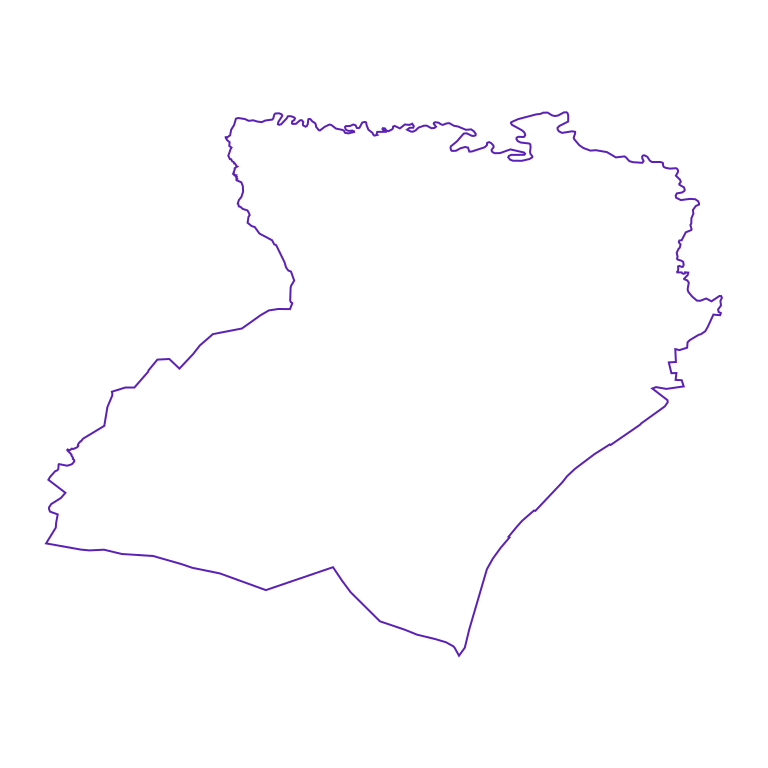 Ozolmuižas pag., Rezeknes, Latvia
{"feature_id": "27541924B76614576139352", "entity_name": "Ozolmuižas pag.", "entity_type": "district", "adm_level": 2, "iso_a3": "LVA", "parent_name": "Latvia", "parent_adm1": "Rezeknes", "projection": "robinson", "projection_center": [27.259, 56.496], "detail": "fine", "context": "isolated", "style": "outline", "palette": "violet", "viewbox_px": 768, "rotation_deg": 0, "n_neighbors": 0, "source": "geoboundaries", "source_scale": "gbopen_adm2", "svg_char_len": 6086}
<svg xmlns="http://www.w3.org/2000/svg" viewBox="0 0 768 768"><path d="M664.8,406.4L667.7,402.3L667.5,400.2L652.3,388.5L656.0,387.1L666.4,388.9L683.7,386.4L681.7,380.2L675.6,379.9L676.4,373.0L671.4,373.2L668.8,362.4L675.9,362.0L675.3,349.1L679.5,350.1L687.1,347.7L687.6,342.2L690.1,339.9L698.7,334.8L700.9,334.2L705.2,331.3L707.7,327.0L713.4,314.6L720.1,315.2L720.9,313.1L718.6,311.9L718.1,309.4L721.0,305.5L720.4,300.9L721.9,297.8L721.2,296.1L719.4,296.0L711.5,301.3L706.2,298.5L700.1,300.8L696.9,300.6L692.1,296.5L688.5,292.1L687.7,290.1L687.7,288.6L688.8,282.8L687.3,280.4L684.2,279.2L684.1,278.7L687.7,275.0L688.3,272.6L685.1,272.3L685.0,273.3L683.6,273.8L682.2,273.3L681.7,272.4L677.3,272.4L677.1,271.9L677.9,270.9L678.3,268.5L678.0,266.5L679.4,265.9L681.9,267.0L682.9,266.7L683.7,264.9L683.2,261.9L681.4,260.7L677.5,259.5L677.0,258.6L677.6,256.9L676.7,252.8L678.4,249.1L679.8,247.6L680.6,244.3L679.3,243.1L678.8,241.8L679.4,240.5L681.6,240.3L685.8,232.3L691.2,230.1L691.6,229.3L690.4,225.0L691.3,223.4L691.4,218.3L693.4,213.6L692.9,210.0L695.8,206.0L699.0,204.6L699.1,203.8L698.3,201.4L695.2,199.2L689.7,198.9L680.9,200.1L676.1,197.7L675.7,195.5L676.8,193.4L682.0,192.5L684.4,190.9L684.7,189.7L684.0,187.4L679.5,184.8L679.2,184.0L680.8,181.8L680.0,179.7L675.9,175.7L677.8,172.3L678.1,170.6L677.3,169.0L676.1,168.2L669.9,168.6L665.5,167.8L663.7,166.8L663.1,165.5L663.0,163.2L662.2,162.6L660.4,162.0L651.9,162.0L649.8,160.6L647.3,156.8L644.4,155.3L643.1,155.5L642.2,156.4L642.2,158.2L643.6,161.0L642.4,162.8L633.1,162.2L629.3,161.1L625.8,157.2L624.4,156.4L615.9,157.4L606.9,152.1L595.9,150.2L590.4,150.6L583.4,148.0L579.3,145.2L574.1,139.1L573.7,137.6L575.1,133.5L575.1,131.8L572.0,131.3L562.1,132.9L559.0,131.4L557.7,129.6L557.5,127.9L559.3,126.0L568.2,121.5L568.2,115.4L567.6,113.2L566.6,112.3L563.9,112.4L557.8,115.6L554.9,116.0L552.1,115.4L547.6,112.6L543.2,112.7L540.7,113.8L536.1,114.4L518.2,119.1L511.4,122.1L510.9,122.9L511.9,124.8L521.8,130.2L524.0,132.0L525.1,134.1L525.2,135.4L523.8,137.0L518.4,136.8L516.7,137.6L516.4,138.9L517.6,141.0L520.6,142.5L529.1,143.5L530.3,144.3L530.6,147.2L530.0,152.1L530.4,153.8L532.4,156.4L532.3,157.3L529.5,159.0L521.9,160.8L512.8,160.7L510.0,159.6L508.2,157.3L508.9,155.9L511.1,154.9L524.3,154.8L525.1,153.7L524.0,152.5L510.4,149.4L500.0,153.1L494.8,153.2L492.6,152.2L491.6,150.8L491.7,149.6L493.6,147.3L493.4,145.5L491.3,143.2L489.1,142.1L487.1,142.9L486.9,145.2L484.6,147.3L471.7,151.5L469.3,151.6L468.0,147.6L465.2,147.0L460.6,148.2L455.9,150.8L452.0,150.9L451.1,150.2L450.5,147.8L450.8,146.4L456.9,141.4L463.7,133.6L466.6,133.3L471.6,135.7L473.4,136.0L475.5,135.4L475.8,134.0L473.9,131.3L471.2,129.4L465.9,129.8L458.0,126.5L454.0,125.8L449.4,123.2L446.6,123.4L442.7,124.9L440.5,124.1L438.7,122.7L435.2,122.2L434.1,122.7L433.7,123.7L436.0,126.7L434.3,128.0L431.4,128.2L426.8,125.7L423.9,125.7L418.5,127.6L415.6,130.4L412.9,131.7L411.0,131.6L407.1,129.7L409.6,127.8L413.3,127.7L413.8,126.1L412.2,123.7L409.4,124.9L404.8,124.5L399.9,128.4L394.6,125.9L393.1,126.6L393.0,127.9L392.4,129.2L388.5,131.2L386.3,130.5L384.9,128.4L382.8,128.2L382.4,129.1L382.8,129.6L383.7,130.4L385.8,130.6L385.9,131.8L377.2,131.9L376.6,134.3L377.3,134.9L374.4,135.6L373.4,134.8L372.5,132.9L368.4,129.7L366.6,125.2L366.1,122.4L364.9,121.9L362.2,122.6L359.5,127.7L358.7,128.1L356.8,127.9L355.6,125.3L353.4,124.5L349.9,126.0L345.9,126.1L345.0,127.0L345.5,129.0L346.2,129.9L348.4,130.9L352.4,130.6L354.0,131.3L354.1,132.0L348.2,133.4L345.1,132.8L344.0,130.8L342.5,129.9L336.0,128.6L331.2,124.9L329.3,124.6L324.7,126.8L320.0,130.4L318.8,130.2L316.1,126.8L315.8,124.5L314.9,123.0L312.3,121.4L310.5,119.2L309.2,118.9L308.3,119.3L307.8,123.9L306.9,125.9L305.6,126.7L303.1,125.4L302.8,124.0L303.3,121.9L301.8,120.2L299.9,120.4L296.0,123.8L292.5,123.9L291.9,123.4L292.2,121.3L294.3,120.0L295.0,118.3L293.8,117.2L290.9,116.2L288.0,116.2L286.5,118.6L281.2,124.2L279.1,124.8L277.9,124.2L278.3,122.0L282.3,115.8L281.6,114.3L279.1,113.3L275.3,113.5L274.3,114.6L273.2,118.6L272.2,119.6L265.3,120.5L261.8,122.1L257.6,121.6L253.2,120.3L248.6,120.8L244.8,119.0L238.1,118.0L235.9,118.7L234.1,125.0L231.2,129.7L230.1,135.3L227.7,137.0L225.7,137.2L225.9,138.4L226.7,138.8L227.0,140.0L229.6,142.2L229.3,146.0L231.5,147.6L230.6,149.1L228.3,155.8L229.9,159.1L231.2,159.3L232.1,161.2L233.8,162.2L234.1,163.4L235.0,163.5L236.5,166.1L237.3,166.5L234.6,168.3L234.8,169.5L233.6,172.3L234.0,173.0L233.1,173.9L234.1,174.9L235.9,175.2L235.3,175.8L236.8,176.6L236.2,177.6L237.2,178.7L236.4,179.2L236.5,180.2L241.3,182.3L242.8,186.0L243.1,191.7L241.3,197.1L238.9,200.0L237.7,203.7L238.4,204.4L238.8,206.4L240.5,206.9L242.7,208.9L247.4,210.4L248.9,212.9L249.7,215.1L248.5,216.8L247.6,222.8L251.7,226.1L254.7,227.0L259.5,233.6L272.1,240.3L274.2,244.3L276.2,245.2L284.5,262.2L286.1,267.5L288.3,270.5L291.0,271.6L294.2,280.6L291.2,285.6L290.6,287.7L290.2,300.7L290.8,302.1L292.3,303.2L290.0,309.1L278.3,309.0L268.9,310.4L260.6,315.2L241.9,328.5L212.9,334.1L199.8,345.5L193.0,354.2L179.4,368.6L169.3,359.0L157.4,359.6L148.5,370.4L148.1,371.8L134.4,387.5L125.4,387.5L111.9,391.7L112.4,394.5L112.1,395.9L107.4,407.1L104.3,425.8L83.0,438.7L81.0,441.3L80.5,441.3L78.6,443.4L77.8,445.2L78.3,445.8L77.3,447.2L73.1,449.1L71.9,448.6L69.9,450.2L67.6,449.5L67.2,450.0L67.4,450.4L71.5,454.6L71.4,455.4L73.0,457.9L72.8,459.0L74.2,460.0L74.3,461.4L72.3,463.8L70.7,464.7L67.1,465.7L59.0,464.1L58.6,464.6L58.3,469.0L57.2,470.4L55.3,471.1L50.2,476.7L48.4,479.8L65.4,492.8L61.0,497.9L51.3,504.0L49.1,507.2L49.0,509.0L50.0,511.6L57.7,514.4L56.1,523.0L55.8,527.6L46.1,543.4L80.9,549.6L89.4,550.4L104.0,549.7L121.8,554.0L153.1,556.0L182.1,564.3L192.3,567.8L219.8,573.4L265.8,590.1L333.0,567.2L342.2,580.9L350.6,592.2L379.9,621.3L405.0,629.8L417.1,634.7L435.4,639.1L446.1,642.3L453.3,646.3L454.6,647.7L459.0,655.7L464.8,647.7L469.3,629.2L486.9,569.2L492.9,558.5L500.6,547.9L509.5,537.4L508.5,536.8L516.5,527.1L522.0,520.9L528.3,515.4L534.0,510.5L535.3,510.9L562.4,482.2L567.0,476.3L575.0,468.8L594.5,454.1L609.8,444.4L610.6,445.0L640.2,424.6L641.3,423.3L664.8,406.4Z" fill="none" stroke="#5b21b6" stroke-width="2"/></svg>